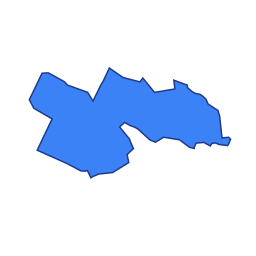 the district of Sagadahoc, Maine, United States of America, rotated 283°
{"feature_id": "52423323B29513042802619", "entity_name": "Sagadahoc", "entity_type": "district", "adm_level": 2, "iso_a3": "USA", "parent_name": "United States of America", "parent_adm1": "Maine", "projection": "albers", "projection_center": [-69.847, 43.935], "detail": "fine", "context": "isolated", "style": "filled", "palette": "blue", "viewbox_px": 256, "rotation_deg": 283, "n_neighbors": 0, "source": "geoboundaries", "source_scale": "gbopen_adm2", "svg_char_len": 945}
<svg xmlns="http://www.w3.org/2000/svg" viewBox="0 0 256 256"><g transform="rotate(283 128 128)"><path d="M85.9,44.5L79.6,76.8L75.6,91.6L76.3,96.1L77.5,97.9L71.1,103.1L72.5,104.3L76.6,109.9L81.1,123.0L94.5,136.5L101.9,133.1L109.2,137.9L114.7,133.8L117.6,131.9L127.1,119.6L132.7,123.5L130.9,129.3L130.2,134.7L129.0,138.4L121.4,151.8L120.3,158.0L127.0,164.7L128.1,180.8L123.0,192.4L123.0,197.2L124.1,196.8L128.6,197.8L131.0,205.1L129.0,212.3L132.0,213.2L133.1,216.7L132.4,220.5L133.3,228.9L134.5,229.5L140.1,230.5L141.6,228.1L139.5,221.8L160.0,214.7L165.3,211.7L169.4,200.6L173.6,197.5L176.2,192.9L177.0,190.4L176.8,186.6L177.7,182.6L180.6,177.0L183.1,176.1L184.9,161.9L176.6,164.9L168.7,145.8L180.0,131.2L175.6,129.3L176.1,111.8L182.2,96.3L167.6,93.2L165.1,92.2L146.4,87.8L153.7,80.6L156.2,59.3L158.8,55.6L163.8,38.0L162.1,32.0L161.0,31.7L133.3,25.5L126.0,31.9L119.8,52.0L85.9,44.5Z" fill="#3b82f6" stroke="#1e3a8a" stroke-width="1.5"/></g></svg>